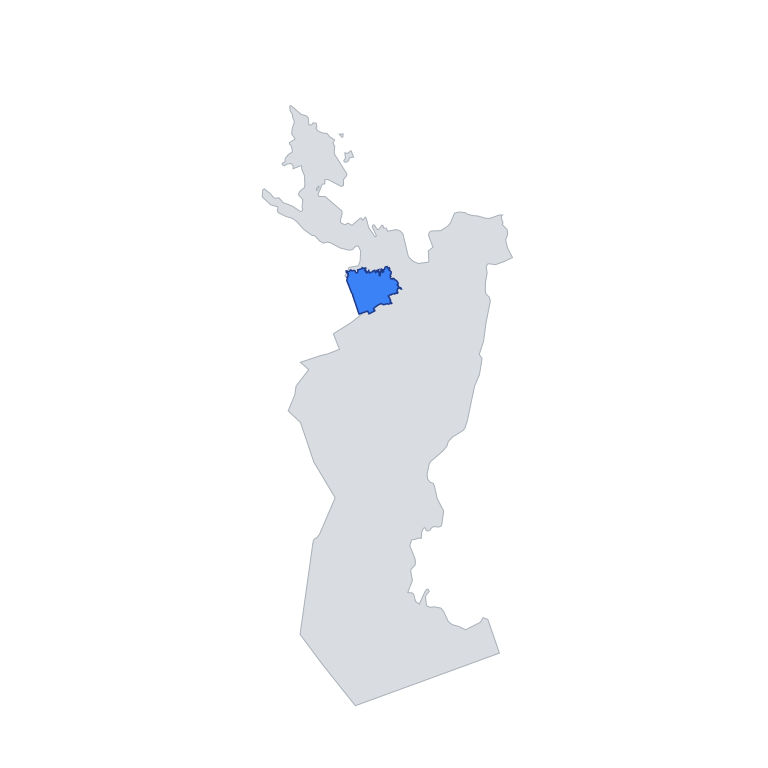 Farish, Jizzakh, Uzbekistan (highlighted), rotated 247°
{"feature_id": "79887680B52998751839701", "entity_name": "Farish", "entity_type": "district", "adm_level": 2, "iso_a3": "UZB", "parent_name": "Uzbekistan", "parent_adm1": "Jizzakh", "projection": "robinson", "projection_center": [67.349, 40.658], "detail": "fine", "context": "in_parent", "style": "filled", "palette": "blue", "viewbox_px": 768, "rotation_deg": 247, "n_neighbors": 0, "source": "geoboundaries", "source_scale": "gbopen_adm2", "svg_char_len": 6102}
<svg xmlns="http://www.w3.org/2000/svg" viewBox="0 0 768 768"><g transform="rotate(247 384 384)"><path d="M593.1,349.8L603.9,345.0L610.0,348.2L610.5,350.0L603.9,353.6L598.0,355.5L596.3,360.1L590.4,362.0L584.5,368.3L575.3,374.7L575.2,376.0L576.0,377.1L579.1,377.8L585.3,381.3L591.2,379.3L592.7,379.8L594.2,381.8L596.0,387.6L598.7,389.2L607.2,392.2L613.7,392.2L616.9,393.4L617.4,392.9L617.7,384.3L620.4,385.7L623.3,384.6L624.4,380.4L623.7,377.6L625.8,376.0L627.0,377.0L627.1,379.6L630.3,381.3L632.6,385.6L633.4,390.4L639.4,391.7L641.5,390.8L643.2,391.3L644.1,397.5L645.0,397.9L650.1,396.7L655.0,399.3L660.3,404.0L666.2,404.3L667.5,405.1L671.7,404.4L676.6,405.7L676.8,406.4L676.0,407.5L664.5,413.1L661.4,417.1L658.8,418.3L651.9,416.1L650.8,418.6L652.1,420.9L650.5,423.5L646.9,422.6L646.2,421.3L642.7,422.0L638.7,426.0L636.9,429.5L633.1,430.5L627.9,433.9L625.7,431.2L622.0,431.5L617.0,428.8L614.5,428.3L592.2,431.9L590.5,431.3L588.1,426.7L582.5,424.2L582.6,421.9L594.0,412.3L595.2,409.4L591.4,407.8L592.0,405.2L584.5,397.6L583.1,397.1L582.1,397.4L579.5,403.1L559.8,412.8L556.9,411.9L552.4,408.3L549.5,407.0L545.9,410.1L546.1,413.8L542.5,416.6L545.9,426.6L545.6,427.9L543.0,428.2L545.0,432.0L543.4,432.4L533.9,431.0L522.9,433.3L523.2,434.9L533.0,434.6L534.4,435.3L534.6,436.5L534.0,437.3L528.9,438.1L528.4,439.7L531.1,444.1L529.9,445.1L528.0,444.3L526.5,447.1L523.2,447.0L521.4,455.6L518.7,458.6L515.0,460.1L491.6,456.2L485.5,458.8L481.5,462.7L478.9,472.1L479.2,473.2L489.2,476.8L490.8,482.5L502.9,483.0L504.9,483.9L505.9,485.3L506.5,486.9L503.0,496.2L504.4,504.4L506.4,508.2L513.6,515.5L513.3,519.4L511.6,523.0L509.7,526.0L507.5,527.3L504.5,531.3L501.9,536.1L496.8,542.4L495.1,545.9L494.5,556.1L493.2,559.1L492.9,558.0L491.1,556.8L485.8,556.5L484.7,555.2L477.9,557.6L473.6,556.5L469.2,552.3L460.8,550.8L450.2,551.7L449.8,541.2L450.3,533.3L453.9,527.2L453.8,526.0L452.1,523.9L445.7,522.2L438.2,517.3L431.2,514.1L427.3,513.0L422.8,514.8L418.8,514.3L400.3,501.7L384.7,492.5L374.0,483.2L369.0,484.2L355.3,475.5L346.5,466.4L317.4,446.2L311.8,441.3L310.4,438.7L308.4,426.4L305.9,420.7L302.2,417.7L299.2,411.7L294.7,397.3L293.0,394.6L284.3,388.5L279.3,387.0L275.6,388.0L273.5,390.4L270.6,390.6L257.8,388.2L243.7,389.3L231.5,381.9L230.8,380.7L230.9,378.7L233.4,373.8L233.0,371.6L231.5,369.3L231.5,366.9L232.7,365.5L235.0,365.9L235.9,365.0L235.6,363.7L232.8,360.7L227.3,357.9L228.5,356.1L228.9,351.3L229.8,348.9L229.1,348.0L224.9,344.5L211.1,344.3L207.9,343.4L205.3,342.0L202.9,336.7L201.6,335.5L192.1,333.4L182.7,324.4L180.6,328.4L178.7,329.2L171.4,328.1L167.6,330.6L176.3,339.9L178.2,342.6L178.0,344.3L175.4,344.6L173.2,340.2L171.7,338.9L163.2,336.5L160.3,339.3L159.4,342.9L155.4,348.9L151.0,350.0L140.7,350.3L137.5,351.7L135.4,353.3L131.2,358.6L125.9,362.8L127.0,379.7L130.2,383.9L126.6,387.6L91.2,385.1L99.1,231.9L149.9,217.8L186.3,208.9L266.4,257.0L268.3,258.9L269.2,263.1L271.3,266.4L298.4,294.6L339.5,288.9L381.1,292.1L396.7,285.3L408.9,297.7L416.4,302.2L426.6,320.3L436.7,315.5L434.9,337.1L433.7,343.7L433.4,356.6L450.0,357.0L453.4,377.9L457.1,391.1L460.6,392.6L492.1,390.7L494.5,391.7L498.9,390.3L501.8,394.5L505.0,397.3L502.8,406.5L506.6,410.1L515.4,414.4L520.8,414.3L521.7,412.7L521.5,410.6L520.2,408.3L520.3,405.7L521.1,403.7L526.3,396.8L534.8,390.0L536.7,387.5L537.4,383.2L540.4,380.8L547.7,378.1L548.8,375.9L557.7,370.5L567.7,367.1L572.3,364.3L576.6,359.1L583.0,353.6L585.5,353.5L587.2,355.2L588.7,355.3L593.1,349.8ZM591.7,401.2L590.5,398.5L588.9,397.5L588.2,397.9L590.7,401.3L591.7,401.2ZM611.4,444.8L604.7,444.7L605.8,440.6L603.4,438.6L602.9,436.6L603.4,434.7L605.0,434.0L607.0,436.9L612.1,438.2L610.4,441.1L611.7,444.2L611.4,444.8ZM631.4,440.4L630.2,444.1L627.3,442.5L627.7,441.6L631.4,440.4Z" fill="#d9dde1" stroke="#a8b0b8" stroke-width="1"/><path d="M455.6,420.4L455.8,420.9L455.5,421.8L455.1,422.4L455.2,422.7L455.5,422.7L456.1,422.6L456.5,422.3L457.0,422.0L457.4,421.8L457.7,422.3L458.2,422.5L458.5,422.8L459.1,422.8L459.7,422.7L460.3,422.6L461.0,422.8L461.8,422.4L463.3,422.3L463.1,423.2L463.7,424.2L464.0,424.9L463.8,425.3L463.2,425.6L463.5,426.4L463.4,428.7L462.6,429.1L462.7,429.5L462.9,429.7L462.8,430.3L463.1,430.9L462.2,431.9L463.0,432.6L463.9,432.2L464.8,432.3L465.2,433.0L465.7,433.1L466.1,433.7L466.5,433.9L466.5,434.9L466.2,435.7L465.7,436.4L464.7,436.8L464.6,437.2L466.0,437.0L466.9,436.0L467.9,435.1L468.8,435.5L469.0,435.3L469.3,435.4L469.4,435.6L469.8,435.5L469.9,434.9L470.2,434.8L470.8,436.0L471.3,436.5L473.8,436.1L474.1,435.8L474.5,435.8L475.7,434.7L477.2,434.4L477.7,433.3L477.4,433.1L477.2,432.4L477.7,432.3L478.3,431.4L479.3,431.4L479.8,431.5L480.4,432.3L481.1,432.0L481.8,432.2L482.2,433.1L482.8,433.2L483.2,433.9L484.4,434.4L485.4,433.9L486.3,433.9L486.6,433.2L487.0,433.3L487.3,433.2L487.4,433.7L488.0,434.3L489.1,434.2L489.3,432.7L490.9,432.8L491.2,430.8L489.5,429.3L489.4,428.2L487.4,427.5L487.4,426.3L488.7,426.3L489.0,427.1L489.9,427.3L490.9,426.4L490.7,425.9L489.8,425.8L485.3,422.6L485.7,421.9L486.2,422.2L486.6,422.7L487.5,422.8L488.4,423.7L488.9,423.8L489.0,422.8L489.8,423.0L489.9,422.2L490.7,423.6L491.3,424.0L491.3,421.5L490.6,420.9L490.7,420.3L490.3,419.8L492.3,419.9L492.3,417.8L491.8,417.7L492.0,413.9L494.4,414.3L493.0,411.8L493.1,411.3L493.5,411.1L493.9,411.4L494.5,411.2L494.9,411.8L495.6,411.5L495.3,411.0L496.1,410.6L497.6,412.6L498.0,412.4L497.6,411.6L498.6,410.9L498.6,410.0L499.6,409.4L498.8,409.0L499.3,404.4L498.9,404.3L497.6,403.9L496.9,402.9L497.0,401.9L498.3,401.6L499.7,401.5L500.4,400.7L500.4,399.6L500.7,398.7L502.0,398.1L502.1,397.6L501.2,396.2L501.3,394.6L502.5,394.2L502.9,393.4L501.6,392.9L500.7,393.3L500.2,394.0L499.1,394.2L498.6,393.3L497.6,393.5L496.8,391.7L495.9,391.9L494.4,390.5L493.6,390.1L493.4,390.1L492.3,390.1L487.7,390.0L482.0,389.8L480.7,389.8L479.8,389.9L478.9,390.2L478.2,390.1L477.6,389.7L476.5,389.7L475.6,389.7L472.2,389.3L470.8,389.3L467.0,389.0L464.6,388.8L460.6,388.5L458.1,388.4L457.5,397.4L454.4,397.7L454.9,404.1L455.8,404.3L456.2,403.6L457.5,403.8L458.2,405.9L459.1,409.9L459.1,412.9L457.7,414.0L457.1,414.7L456.7,418.1L455.9,419.1L455.6,420.4Z" fill="#3b82f6" stroke="#1e3a8a" stroke-width="1.5"/></g></svg>